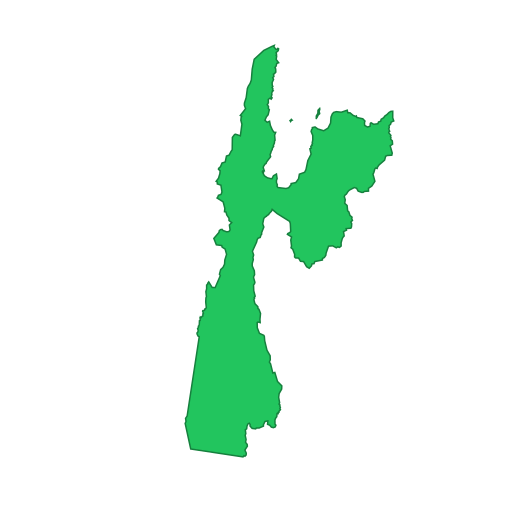 outline of Sveitarfélagið Skagafjörðu, Norðurland vestra, Iceland, rotated 34°
{"feature_id": "244011B28940040244957", "entity_name": "Sveitarfélagið Skagafjörðu", "entity_type": "district", "adm_level": 2, "iso_a3": "ISL", "parent_name": "Iceland", "parent_adm1": "Norðurland vestra", "projection": "mercator", "projection_center": [-19.345, 65.497], "detail": "fine", "context": "isolated", "style": "filled", "palette": "green", "viewbox_px": 512, "rotation_deg": 34, "n_neighbors": 0, "source": "geoboundaries", "source_scale": "gbopen_adm2", "svg_char_len": 6091}
<svg xmlns="http://www.w3.org/2000/svg" viewBox="0 0 512 512"><g transform="rotate(34 256 256)"><path d="M313.0,139.3L311.4,137.0L312.9,133.3L312.8,127.6L307.2,122.7L307.1,121.2L305.8,117.2L306.0,116.2L307.5,115.7L307.0,114.2L307.1,111.7L309.0,104.6L307.7,100.8L308.6,99.3L312.2,96.5L311.4,94.5L305.6,89.6L306.7,86.9L304.6,84.3L302.3,83.9L301.6,82.3L300.7,81.9L300.4,80.6L297.1,79.6L296.8,78.6L297.1,77.9L294.8,76.3L294.8,75.2L293.4,73.5L293.9,71.5L293.2,69.4L294.7,67.0L292.1,65.0L288.4,59.5L286.9,60.7L286.0,62.7L285.5,65.4L284.5,68.0L284.5,70.0L283.3,72.7L284.0,74.5L282.6,76.4L283.1,78.2L279.9,81.0L276.9,81.2L276.6,82.1L278.0,84.6L276.4,86.7L273.1,87.0L271.4,84.9L270.9,83.2L267.8,82.5L262.1,84.8L260.9,83.8L260.6,84.5L257.9,85.1L253.9,84.7L252.0,85.9L250.1,84.1L246.3,89.1L241.9,91.4L240.1,93.5L239.8,95.5L240.5,98.9L243.5,104.1L244.2,109.7L242.1,114.3L236.2,116.1L232.8,116.0L230.9,118.0L231.4,118.4L231.5,120.4L232.1,122.0L235.6,124.3L238.2,128.1L239.2,130.6L239.9,131.0L239.9,132.2L240.6,132.8L240.1,134.4L241.4,135.8L240.7,137.0L244.7,140.7L245.6,147.9L249.1,156.4L249.5,159.4L246.2,163.9L248.1,168.2L247.9,172.9L244.6,176.3L245.2,177.2L244.9,181.2L243.1,183.3L235.9,187.0L234.4,186.4L233.9,185.1L231.9,183.7L230.7,181.9L230.2,180.0L227.1,176.6L225.6,179.7L226.0,183.0L225.0,183.6L221.7,184.8L218.1,184.8L214.2,182.7L214.0,181.9L214.3,181.1L214.0,180.9L215.1,181.7L214.9,181.2L215.3,180.8L212.5,178.6L212.1,177.3L212.1,174.7L212.6,173.7L212.2,172.0L212.6,165.5L210.9,164.0L210.6,162.1L210.1,161.0L209.9,158.7L209.2,157.1L209.4,155.4L208.6,154.7L208.1,152.1L207.0,150.1L207.1,149.4L203.8,145.3L203.2,142.5L201.6,143.4L198.8,142.2L194.9,139.7L191.9,136.7L190.5,138.9L187.5,138.5L186.8,134.8L187.1,132.2L185.2,127.2L183.8,126.9L182.7,125.0L180.7,124.3L180.6,122.1L178.6,119.3L179.3,117.4L180.9,117.5L180.9,115.9L179.7,115.7L178.9,113.2L178.4,113.0L177.6,111.1L177.8,109.4L177.1,109.5L176.6,108.0L175.2,107.4L175.1,105.9L174.1,105.5L172.4,103.2L171.8,99.8L170.1,98.8L170.5,97.2L168.8,95.5L169.2,94.9L169.5,93.7L169.3,93.0L169.6,92.5L167.7,89.9L166.3,89.1L166.5,87.4L165.5,84.8L166.7,83.1L162.8,81.8L161.3,78.6L160.6,78.6L160.4,77.5L158.9,76.1L159.6,73.4L158.9,71.6L158.0,71.6L157.8,73.0L157.0,73.5L153.8,72.6L153.4,71.2L151.9,73.5L147.5,81.2L144.5,93.9L148.3,103.1L153.7,112.7L154.6,116.2L154.7,119.6L155.2,122.0L159.3,130.2L160.9,135.7L162.0,137.5L165.0,139.7L164.4,148.3L166.0,148.2L166.3,149.7L167.6,152.0L170.6,154.6L175.8,165.1L170.9,166.5L170.3,167.3L170.1,170.9L176.9,181.3L176.8,183.1L177.3,187.4L175.6,189.6L177.9,195.3L175.8,197.9L176.6,201.8L176.0,204.3L176.5,205.2L178.5,205.3L180.0,207.9L181.4,212.5L181.2,216.4L182.6,216.3L183.6,217.9L187.3,216.9L192.0,222.0L192.6,224.5L190.9,226.7L191.3,228.0L191.3,229.7L198.5,229.5L203.5,233.9L205.1,236.9L206.5,236.3L208.8,238.3L212.5,239.8L213.8,241.7L217.2,241.9L216.6,245.2L219.8,248.7L220.0,249.7L219.8,250.9L218.3,252.3L214.4,253.3L213.0,252.9L211.9,253.9L211.4,255.5L212.1,257.2L211.2,265.0L216.9,268.9L221.7,266.5L223.0,267.6L226.5,267.5L230.7,271.1L232.4,276.8L234.5,280.4L235.0,283.9L234.3,287.0L235.9,291.6L237.4,292.2L239.8,305.0L237.2,306.6L231.3,303.9L231.2,305.7L231.7,306.4L231.3,307.7L233.4,310.8L234.4,313.6L237.7,317.5L237.9,318.7L240.0,322.2L243.6,326.5L243.7,328.0L243.2,328.5L243.7,329.9L242.5,331.0L242.6,331.6L244.4,332.8L244.6,333.2L244.3,333.6L245.5,335.5L245.0,336.3L245.0,337.7L244.1,337.7L244.4,338.2L244.1,338.4L245.8,340.6L245.3,341.3L247.3,344.5L247.7,346.1L247.5,346.4L248.2,347.5L248.2,348.9L249.6,349.9L250.3,351.5L250.1,352.6L250.6,353.5L252.7,354.8L254.1,354.7L288.4,427.2L288.4,430.0L290.5,432.3L290.9,434.4L309.8,452.5L357.6,429.8L357.7,428.2L358.8,428.2L359.1,426.5L358.2,424.9L355.3,423.1L355.2,418.5L354.0,417.1L351.5,416.3L350.4,413.7L347.3,410.7L346.9,409.0L344.3,406.0L344.9,404.5L343.7,402.2L343.2,399.8L343.9,398.4L345.4,399.0L346.1,400.3L349.2,401.1L352.4,399.5L352.4,398.5L354.8,396.8L357.3,392.9L356.5,391.7L356.0,388.1L358.0,386.1L359.7,389.1L361.9,388.6L364.4,389.3L366.4,388.6L367.5,387.0L367.1,385.1L365.8,384.8L363.3,381.2L362.9,378.8L363.1,377.7L361.6,374.9L362.5,374.3L361.8,373.4L362.4,372.7L361.9,372.0L362.2,369.7L361.1,369.2L360.9,367.9L359.6,367.1L359.2,366.1L357.9,365.9L357.6,364.4L353.8,360.5L352.1,357.1L351.7,352.0L350.0,349.2L344.0,348.0L336.7,342.0L335.4,343.6L328.3,337.2L326.4,336.5L325.9,334.1L323.5,330.8L317.8,328.0L310.7,321.5L307.8,317.9L306.8,317.4L302.1,318.2L297.2,314.8L294.2,310.5L294.6,309.6L296.7,308.9L294.7,306.3L291.9,301.1L288.2,298.5L287.0,298.5L285.9,297.0L281.7,296.1L278.6,293.3L278.4,291.7L277.7,291.4L277.8,289.8L273.6,286.1L270.4,281.7L270.1,281.1L270.3,279.9L269.8,278.4L266.2,275.4L265.6,274.4L265.3,272.3L262.9,269.2L258.5,266.4L257.1,264.4L255.8,260.5L254.3,259.0L253.5,256.5L250.4,254.1L248.7,244.1L247.8,241.7L247.8,240.0L249.1,238.3L248.4,235.8L248.5,234.7L247.6,233.5L246.3,227.6L243.6,225.6L241.4,220.4L242.0,217.8L242.5,217.3L242.5,216.1L243.3,214.7L243.2,213.3L243.8,210.1L243.3,208.3L249.8,209.0L264.5,208.5L266.3,209.9L271.0,216.2L271.0,217.4L269.8,219.6L269.9,220.5L274.8,220.3L275.9,223.3L279.9,227.9L280.4,229.6L282.6,229.8L287.1,233.0L288.5,235.2L289.8,235.5L292.5,233.9L295.8,235.5L298.6,234.0L304.0,236.6L307.0,236.4L307.5,233.1L306.8,231.3L308.4,229.9L307.8,227.8L313.3,222.2L312.5,220.9L313.5,219.0L313.5,216.4L312.5,214.4L310.6,207.3L313.9,204.7L318.0,204.3L318.7,202.6L320.3,202.3L320.7,201.3L321.0,200.1L319.2,197.5L317.9,193.7L317.6,192.1L317.9,190.1L314.9,186.8L316.6,184.0L315.4,182.9L319.1,179.9L318.9,178.5L317.3,175.7L315.8,174.9L315.6,174.4L316.1,172.6L314.5,171.5L313.9,170.1L311.2,169.8L308.3,167.5L306.7,167.3L303.3,163.2L300.1,162.7L298.5,159.4L296.0,157.4L295.7,155.9L296.3,154.1L296.2,151.1L296.6,149.1L299.2,144.3L301.5,143.6L304.4,145.1L308.0,144.2L309.2,143.4L309.8,141.8L313.0,139.3ZM229.4,108.8L228.9,107.5L229.1,106.8L228.7,104.5L229.2,102.4L227.5,100.8L226.8,98.6L226.3,98.1L225.9,100.5L227.5,103.1L227.7,106.2L229.4,108.8ZM210.0,123.2L208.9,123.0L209.0,123.9L208.2,123.8L208.8,124.2L208.5,124.7L209.5,125.2L209.5,123.9L210.0,123.2Z" fill="#22c55e" stroke="#15803d" stroke-width="1.5"/></g></svg>